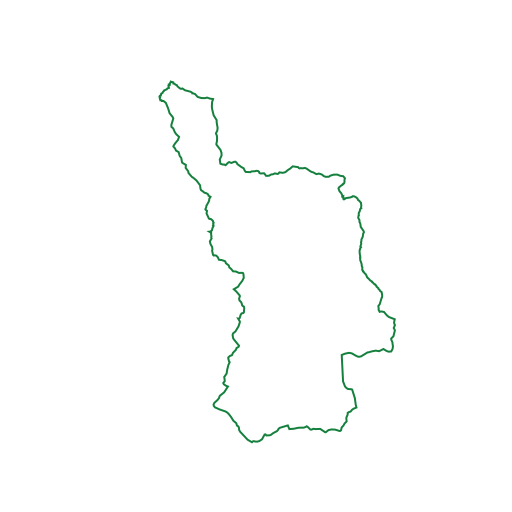 outline of Quijos, Napo, Ecuador, rotated 237°
{"feature_id": "8360857B2766573114879", "entity_name": "Quijos", "entity_type": "district", "adm_level": 2, "iso_a3": "ECU", "parent_name": "Ecuador", "parent_adm1": "Napo", "projection": "mercator", "projection_center": [-77.926, -0.452], "detail": "fine", "context": "isolated", "style": "outline", "palette": "green", "viewbox_px": 512, "rotation_deg": 237, "n_neighbors": 0, "source": "geoboundaries", "source_scale": "gbopen_adm2", "svg_char_len": 6114}
<svg xmlns="http://www.w3.org/2000/svg" viewBox="0 0 512 512"><g transform="rotate(237 256 256)"><path d="M411.0,305.5L413.0,303.2L415.5,301.2L416.2,299.2L418.2,296.2L421.2,293.7L425.0,293.1L427.0,291.6L427.1,291.2L427.9,291.3L429.4,290.6L433.7,286.7L436.6,285.5L436.9,284.3L438.0,283.5L441.1,282.5L442.4,282.7L443.5,281.8L444.8,281.5L445.7,280.6L446.7,281.2L447.7,280.4L447.9,279.7L448.6,279.5L447.9,278.2L447.2,277.7L447.4,276.4L446.3,276.4L446.4,275.2L444.4,274.5L444.8,272.9L444.4,272.0L444.9,269.1L444.4,268.4L444.4,267.6L443.6,266.3L443.8,264.9L442.4,263.6L442.7,262.6L442.4,262.0L441.2,261.9L441.1,261.3L438.7,260.6L438.1,261.6L437.3,261.4L436.3,262.9L433.5,263.8L427.7,262.7L422.8,261.3L418.2,261.8L416.3,261.5L412.4,256.8L411.5,256.0L410.2,255.4L408.0,256.1L404.4,255.4L401.7,255.4L397.8,256.4L395.8,253.7L394.6,249.8L393.5,247.2L392.8,246.3L390.2,246.7L388.0,246.3L385.3,247.7L381.4,246.5L378.9,246.7L375.0,245.0L374.2,245.0L370.6,246.8L368.2,245.0L364.0,245.3L362.4,244.6L357.3,245.3L355.8,246.0L351.8,247.2L346.0,247.6L345.5,247.5L342.8,246.1L341.1,245.8L339.0,246.7L337.2,247.2L335.9,248.4L334.6,249.1L333.5,249.4L332.4,249.0L330.4,250.1L329.4,247.9L328.3,247.2L327.3,245.9L325.0,241.6L324.0,240.8L322.8,239.0L322.4,238.9L320.6,239.5L318.6,237.7L313.0,236.9L312.3,237.3L311.8,238.2L310.0,238.8L308.6,239.0L308.2,238.6L306.9,238.6L306.4,237.6L304.9,237.1L304.9,236.5L304.0,236.4L303.3,234.9L301.5,233.0L301.5,232.2L301.0,231.7L301.8,230.1L299.8,231.0L298.6,230.1L296.8,229.4L295.9,228.5L294.9,228.3L293.4,225.3L291.1,224.4L287.4,224.1L285.3,223.1L284.4,222.1L280.3,220.6L279.4,220.8L278.9,222.0L277.9,222.9L275.8,223.3L273.0,222.9L271.4,224.9L268.7,227.1L267.8,227.2L266.4,226.8L262.9,228.0L260.8,227.4L258.8,228.1L255.7,228.4L253.9,230.7L251.1,232.5L249.2,235.5L248.7,235.8L247.6,235.6L244.3,233.8L242.6,230.9L241.2,226.8L240.0,224.3L240.2,219.3L237.2,220.1L232.2,220.8L231.2,220.7L229.3,218.5L227.6,217.9L225.6,218.4L224.1,218.2L222.3,217.6L221.4,217.6L220.2,218.3L218.6,217.7L215.3,215.1L215.1,214.4L215.7,212.6L214.9,210.9L212.9,208.6L212.7,207.6L213.3,206.9L209.9,206.8L209.1,206.2L206.5,203.0L203.9,197.6L203.6,194.7L202.6,193.4L199.7,192.1L198.3,192.0L190.0,192.9L189.3,191.9L189.4,189.5L188.3,188.1L187.3,183.9L185.9,181.8L186.4,179.8L186.0,177.5L185.3,177.0L182.3,176.0L181.3,176.1L179.8,173.7L176.5,170.1L173.4,167.3L171.8,163.4L169.2,162.3L167.9,161.4L167.5,159.6L166.9,159.2L165.9,159.2L164.8,159.6L163.1,160.4L161.8,161.4L159.0,155.0L158.5,149.9L158.2,149.0L157.0,147.7L156.2,145.2L155.5,141.1L154.7,139.7L153.5,139.0L151.5,139.1L147.0,142.0L142.3,145.7L140.4,146.6L138.2,147.1L134.5,147.4L130.1,147.3L126.6,148.4L124.2,147.7L122.8,148.3L121.7,148.3L119.2,147.1L117.2,147.0L106.5,148.9L102.0,151.2L102.2,152.3L102.0,153.2L100.3,154.9L99.6,156.1L99.0,157.9L99.0,161.2L101.6,166.0L101.2,166.8L99.8,167.0L98.2,169.8L97.9,170.8L98.1,174.2L97.7,178.0L98.0,179.4L98.8,180.9L98.9,182.5L96.6,190.4L92.7,189.7L90.5,193.7L88.8,198.2L86.1,202.4L85.5,204.6L85.6,205.7L84.8,206.2L80.8,207.1L80.1,208.1L79.9,209.9L78.5,211.5L76.0,215.7L70.6,218.0L70.2,218.5L70.5,222.0L69.4,224.9L67.2,227.9L63.7,230.8L63.4,231.6L63.6,232.5L65.5,234.4L66.2,237.1L67.3,239.1L67.9,241.9L70.6,243.3L71.6,244.2L72.9,246.3L74.5,247.5L74.5,249.0L74.0,250.6L74.7,252.7L74.8,254.6L74.2,257.7L77.1,258.7L83.0,261.5L91.6,263.9L92.2,263.5L94.4,260.7L95.9,260.0L98.0,259.6L103.4,260.7L126.3,274.0L125.6,277.5L124.1,281.3L122.2,283.3L117.9,285.5L115.9,286.8L115.1,288.0L114.6,289.5L114.4,297.1L113.9,297.9L113.0,301.0L111.4,304.9L109.1,307.4L108.6,312.2L105.6,313.6L103.6,315.0L102.3,317.4L103.6,319.8L105.4,321.5L109.4,323.4L112.2,323.9L113.2,324.5L113.8,327.5L117.8,331.8L118.4,332.1L120.6,332.3L122.4,334.9L124.3,335.2L125.3,335.8L127.4,337.9L132.5,334.2L135.0,333.4L139.3,332.9L141.0,331.2L141.6,330.2L141.8,329.3L144.1,329.5L145.1,330.3L147.4,331.3L148.1,333.4L152.5,338.6L152.8,339.3L154.4,340.5L157.3,341.7L159.2,341.0L159.8,341.2L161.9,340.8L162.4,341.1L164.6,340.4L165.4,340.7L166.5,340.3L167.0,340.6L168.6,339.7L170.1,339.6L170.5,339.3L171.2,339.4L171.4,339.1L171.7,339.2L173.6,338.4L175.9,338.1L176.6,337.7L177.3,337.8L177.9,337.6L179.4,338.0L181.2,338.1L182.2,337.7L183.4,337.7L183.9,337.5L184.4,337.7L184.9,337.3L185.7,337.7L186.4,337.5L188.7,339.1L189.6,339.1L192.0,340.3L195.8,341.2L197.1,341.9L197.5,342.5L198.3,342.5L198.8,343.2L201.1,344.1L203.8,345.6L204.6,346.3L204.9,347.0L205.7,347.5L206.1,348.8L207.1,348.7L208.9,350.9L210.3,351.5L211.1,352.5L212.5,353.5L214.0,356.0L216.4,358.1L217.0,359.3L217.5,359.6L218.3,359.8L223.4,359.7L226.3,361.1L228.1,361.3L229.7,362.3L232.3,362.5L233.8,363.7L234.0,364.4L235.3,365.0L236.4,366.0L236.8,367.1L238.6,368.9L238.7,370.3L239.3,370.4L240.8,371.7L243.4,373.0L246.3,372.6L247.5,372.1L249.0,372.4L251.2,371.7L252.8,370.6L253.5,369.5L253.3,368.7L253.9,366.6L255.5,363.1L255.5,360.8L255.9,360.3L256.4,360.4L256.6,361.3L257.8,361.0L258.5,361.6L258.6,360.8L258.8,360.6L259.6,361.3L262.2,361.7L264.8,361.3L267.8,362.0L268.3,362.8L268.7,366.0L268.6,367.0L268.9,367.5L268.7,368.0L269.1,368.5L268.9,369.2L269.6,370.3L271.8,371.8L272.7,372.9L275.4,372.6L277.3,370.4L280.0,368.5L282.0,365.3L282.9,362.0L282.8,360.3L284.5,357.5L286.2,356.3L288.1,355.8L289.4,354.9L290.9,353.6L291.6,351.5L292.0,351.1L294.9,349.6L296.1,348.5L297.7,347.6L301.8,346.0L303.3,344.9L304.1,342.9L305.3,341.4L305.7,340.3L306.4,339.8L307.6,339.7L311.2,335.6L310.7,332.3L310.7,329.0L310.3,326.3L311.2,323.7L313.4,321.2L312.9,319.7L313.0,318.9L315.0,316.8L315.3,314.7L316.1,313.2L316.2,310.8L317.3,308.7L318.0,308.0L319.1,308.1L321.0,307.8L322.5,305.1L323.4,304.2L324.2,304.1L325.0,304.4L326.2,304.0L327.3,302.6L327.6,301.4L329.4,298.2L329.4,296.9L332.1,293.2L333.3,293.0L336.4,293.4L338.3,292.3L343.2,290.4L344.2,290.6L346.2,290.2L346.9,288.9L347.4,286.1L349.4,284.6L349.4,283.0L348.7,280.0L350.1,279.1L350.8,277.9L352.8,276.4L356.6,278.1L359.0,281.8L361.2,283.2L364.4,284.0L370.4,283.5L371.4,283.6L373.7,285.9L376.4,287.8L378.5,288.8L380.7,289.2L382.2,291.8L384.4,293.6L389.5,295.8L391.4,297.0L397.0,297.1L402.8,299.1L405.3,300.3L408.9,302.9L411.0,305.5Z" fill="none" stroke="#15803d" stroke-width="2"/></g></svg>